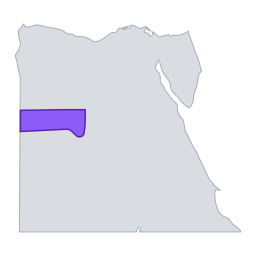 Al Farafra Oasis, Al Wadi at Jadid, Egypt shown in context
{"feature_id": "37247803B67299056810507", "entity_name": "Al Farafra Oasis", "entity_type": "district", "adm_level": 2, "iso_a3": "EGY", "parent_name": "Egypt", "parent_adm1": "Al Wadi at Jadid", "projection": "robinson", "projection_center": [27.531, 27.044], "detail": "fine", "context": "in_parent", "style": "filled", "palette": "violet", "viewbox_px": 256, "rotation_deg": 0, "n_neighbors": 0, "source": "geoboundaries", "source_scale": "gbopen_adm2", "svg_char_len": 3195}
<svg xmlns="http://www.w3.org/2000/svg" viewBox="0 0 256 256"><path d="M240.6,231.9L234.5,231.9L228.4,231.9L222.3,231.9L216.2,231.9L210.1,231.9L204.0,231.9L197.9,231.9L191.8,231.9L185.7,231.9L179.6,231.9L173.5,231.9L167.4,231.9L161.3,231.9L155.2,231.9L149.1,231.9L143.0,231.9L139.5,231.9L140.1,230.0L140.5,228.6L140.0,227.7L138.9,227.5L138.1,227.8L136.3,231.8L135.3,231.9L133.2,231.9L126.1,231.9L119.0,231.9L111.8,231.9L104.7,231.9L97.6,231.9L90.5,231.9L83.4,231.9L76.3,231.9L69.2,231.9L62.1,231.9L55.0,231.9L47.9,231.9L40.8,231.9L33.7,231.9L26.6,231.9L19.5,231.9L19.5,227.1L19.5,222.2L19.5,217.4L19.6,212.6L19.6,207.7L19.6,202.9L19.6,198.1L19.6,193.3L19.7,188.4L19.7,183.6L19.7,178.8L19.7,173.9L19.7,169.1L19.8,164.3L19.8,159.4L19.8,154.6L19.9,149.8L19.9,144.9L19.9,140.1L19.9,135.3L20.0,130.4L20.0,125.6L20.0,120.8L20.0,115.9L20.1,111.1L20.1,106.3L20.1,101.4L20.2,96.6L20.2,91.8L20.2,86.9L20.2,82.1L20.3,77.3L20.1,76.4L19.1,73.1L18.2,68.9L17.3,63.8L17.1,62.1L15.5,56.9L15.4,55.4L15.8,54.3L18.6,49.8L19.4,47.7L20.1,45.1L20.4,43.0L19.6,39.7L18.7,36.8L18.4,33.9L18.3,31.0L19.7,29.0L21.4,27.1L22.0,26.0L23.0,24.7L23.7,24.1L25.1,26.7L27.9,27.1L37.2,24.8L47.4,27.1L53.1,28.0L61.8,30.0L67.1,33.6L68.5,34.0L72.4,34.0L74.9,36.1L84.8,37.1L90.1,39.4L93.1,41.2L95.0,41.8L96.6,41.7L98.7,41.0L101.4,39.7L104.4,37.9L110.5,33.3L112.7,32.5L114.1,32.7L115.8,32.6L116.5,31.3L117.4,30.5L118.0,29.5L118.9,28.3L122.1,28.0L128.5,26.0L127.8,26.9L122.0,29.2L124.5,29.5L127.0,28.7L129.9,28.2L130.4,27.2L130.8,25.4L131.4,25.2L133.4,25.5L139.4,28.3L140.9,28.4L145.1,26.8L146.0,26.5L147.4,27.4L150.5,30.8L149.5,30.8L146.1,27.8L145.8,29.3L143.9,31.9L146.3,33.0L148.3,33.4L149.3,34.9L150.0,36.2L151.9,35.6L153.2,33.8L152.5,32.9L152.0,31.8L152.6,31.8L154.0,32.7L157.8,36.0L159.1,36.7L160.6,36.6L163.7,35.6L164.5,35.8L168.7,34.5L169.2,35.5L169.9,36.3L173.2,35.3L178.4,35.4L182.7,34.3L187.6,31.6L188.0,31.2L188.3,31.9L188.9,33.7L190.5,38.3L191.9,41.9L193.6,46.9L194.2,48.8L194.4,50.1L196.9,55.6L198.4,60.1L199.5,63.7L201.0,69.1L201.6,70.9L200.6,71.9L198.7,75.4L196.7,86.4L193.7,95.0L193.4,100.4L192.9,102.4L191.5,105.1L189.7,107.8L186.5,106.4L181.2,101.7L178.1,97.2L174.8,94.3L171.6,90.5L170.8,87.7L170.8,86.0L169.4,81.7L168.3,79.6L164.5,75.0L163.4,72.6L162.6,71.5L161.8,70.0L160.3,64.0L158.8,60.2L157.1,61.3L157.4,62.9L156.0,65.1L155.1,67.6L155.8,69.7L158.9,72.9L159.6,74.3L160.3,77.3L160.2,81.4L160.8,82.8L163.1,85.8L163.9,87.6L164.5,89.1L165.2,90.6L167.6,93.2L170.9,98.2L174.1,101.6L176.3,103.3L177.3,104.9L177.6,109.1L177.5,111.2L179.5,115.0L180.2,116.9L182.2,118.5L183.1,120.3L183.9,123.2L185.3,131.8L187.0,133.9L192.3,145.2L196.8,152.4L199.0,157.7L202.3,164.3L208.8,178.6L212.6,183.0L214.1,185.5L216.9,187.4L219.9,190.1L217.0,189.9L216.3,190.0L215.4,190.5L214.9,192.2L214.7,193.5L215.2,200.8L216.0,204.5L218.5,211.5L220.4,213.6L221.3,214.9L222.6,215.9L228.5,218.3L232.0,223.3L239.8,229.7L240.6,231.5L240.6,231.9Z" fill="#d9dde1" stroke="#a8b0b8" stroke-width="1"/><path d="M85.3,109.8L84.1,109.7L63.8,109.7L20.5,110.3L20.4,114.0L20.4,125.7L20.3,131.5L66.5,129.2L69.8,129.7L73.6,133.0L77.2,136.5L79.8,136.9L81.9,136.3L83.9,134.0L85.0,126.0L85.3,109.8L85.3,109.8Z" fill="#8b5cf6" stroke="#5b21b6" stroke-width="1.5"/></svg>